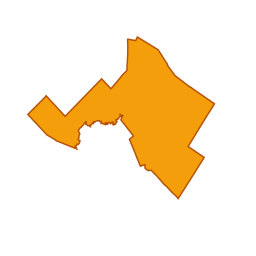 the district of Dracea, Teleorman, Romania, rotated 250°
{"feature_id": "2599482B41150428898624", "entity_name": "Dracea", "entity_type": "district", "adm_level": 2, "iso_a3": "ROU", "parent_name": "Romania", "parent_adm1": "Teleorman", "projection": "equal_earth", "projection_center": [25.009, 43.874], "detail": "fine", "context": "isolated", "style": "filled", "palette": "amber", "viewbox_px": 256, "rotation_deg": 250, "n_neighbors": 0, "source": "geoboundaries", "source_scale": "gbopen_adm2", "svg_char_len": 2080}
<svg xmlns="http://www.w3.org/2000/svg" viewBox="0 0 256 256"><g transform="rotate(250 128 128)"><path d="M121.2,217.5L122.5,216.6L141.2,203.3L143.0,202.1L145.2,200.7L145.2,200.4L145.3,200.2L156.4,193.1L161.2,190.1L172.7,186.7L174.7,186.8L178.7,185.8L182.6,185.0L191.1,183.1L200.9,175.4L210.3,167.9L207.5,165.1L211.5,158.2L211.1,157.8L207.0,156.5L203.0,155.1L197.3,152.9L190.8,150.2L187.3,148.6L182.9,146.9L182.2,146.2L179.9,141.2L177.1,136.6L170.7,125.4L183.2,120.0L168.4,89.3L160.5,72.9L178.1,65.5L186.3,62.1L185.0,59.9L175.0,38.5L169.4,40.9L149.0,49.6L142.7,54.9L140.6,56.2L130.6,67.4L125.9,72.7L127.3,72.6L128.2,71.8L129.0,72.0L129.0,73.8L130.2,74.5L129.7,75.9L130.7,77.4L132.7,78.5L133.6,77.4L134.4,77.2L135.3,78.4L136.8,78.8L137.8,79.6L138.9,80.7L142.6,80.4L144.2,82.6L144.7,84.3L145.4,85.2L146.1,87.1L148.4,90.3L148.4,90.6L147.6,90.9L146.1,89.7L143.8,91.3L143.7,92.1L142.5,92.8L143.2,93.0L143.3,93.5L142.8,93.7L142.8,93.9L143.9,94.1L144.0,95.2L144.7,96.2L144.0,96.8L144.5,97.5L145.5,97.5L145.7,98.2L144.9,98.8L145.5,100.7L144.9,103.1L144.5,103.6L144.0,103.5L143.5,103.9L143.2,105.2L142.2,105.0L141.7,104.3L141.0,105.1L140.6,106.1L140.0,106.7L140.0,107.4L139.1,107.5L138.9,107.8L139.0,108.3L138.9,108.7L139.2,108.9L140.3,108.5L140.6,109.5L139.8,109.8L139.2,109.6L138.9,109.5L138.4,110.0L138.7,110.4L138.9,110.5L139.6,110.7L139.7,112.1L138.6,112.7L138.0,113.0L138.1,113.6L139.0,114.7L139.0,115.1L138.8,115.8L137.9,116.1L137.6,115.9L137.5,115.5L137.0,115.1L136.3,115.1L136.3,115.7L135.9,115.7L135.8,117.2L136.5,117.8L136.9,118.8L137.5,119.2L138.1,120.0L139.1,119.2L140.1,119.6L139.7,121.5L140.3,122.0L140.5,122.9L141.2,123.6L141.3,125.1L141.9,125.5L142.7,124.8L143.5,125.2L141.6,127.3L138.1,124.1L118.7,130.4L118.5,130.1L116.9,125.5L105.2,126.0L94.7,126.3L87.9,126.6L87.8,131.2L84.2,130.3L81.0,132.4L80.5,135.2L73.9,138.3L61.8,143.0L60.7,143.9L51.6,147.7L49.7,148.9L46.9,150.2L44.5,150.9L51.1,159.6L54.4,163.9L55.8,165.7L56.3,166.4L73.3,188.3L74.3,189.5L81.2,184.5L90.0,178.2L109.0,201.9L117.7,213.1L121.2,217.5Z" fill="#f59e0b" stroke="#b45309" stroke-width="1.5"/></g></svg>